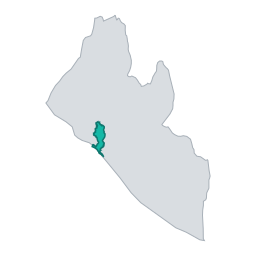 District #1, Grand Bassa, Liberia (highlighted)
{"feature_id": "62588387B32884824633153", "entity_name": "District #1", "entity_type": "district", "adm_level": 2, "iso_a3": "LBR", "parent_name": "Liberia", "parent_adm1": "Grand Bassa", "projection": "equal_earth", "projection_center": [-10.179, 6.235], "detail": "fine", "context": "in_parent", "style": "filled", "palette": "teal", "viewbox_px": 256, "rotation_deg": 0, "n_neighbors": 0, "source": "geoboundaries", "source_scale": "gbopen_adm2", "svg_char_len": 5633}
<svg xmlns="http://www.w3.org/2000/svg" viewBox="0 0 256 256"><path d="M45.9,103.0L48.0,100.6L51.1,92.9L55.5,85.5L59.6,81.1L62.8,76.6L66.2,73.1L71.1,69.1L78.5,58.4L80.3,57.2L81.5,49.8L83.3,40.4L85.5,37.5L90.6,35.8L91.8,34.1L93.6,27.5L94.7,19.8L94.8,18.2L96.8,18.0L100.2,16.3L102.2,17.1L103.1,19.3L103.5,21.1L113.9,16.4L114.8,15.4L115.3,15.5L116.6,19.9L117.4,19.6L118.0,18.3L118.7,18.2L119.5,18.8L120.3,20.8L121.6,22.6L123.9,23.9L125.3,25.6L125.2,30.3L125.7,34.8L126.7,35.8L127.2,38.5L127.5,41.4L128.0,43.0L128.4,46.0L128.2,49.2L128.6,51.4L130.2,55.3L131.3,60.2L131.3,63.6L130.7,67.2L129.6,70.6L127.7,74.2L127.5,75.6L128.7,76.6L130.4,76.8L131.8,76.0L135.5,77.7L137.4,80.1L139.1,83.0L140.7,84.5L141.3,86.4L143.9,85.9L147.0,84.1L147.6,83.2L148.5,83.7L150.4,83.9L151.8,80.6L152.9,76.9L155.2,72.9L156.4,71.3L156.7,68.8L156.8,65.4L157.7,62.6L159.6,61.0L161.7,61.0L162.8,61.6L163.4,64.4L165.1,66.5L166.5,68.0L167.3,68.6L168.5,70.2L169.6,75.8L174.1,94.0L173.9,99.0L173.0,102.3L173.0,105.5L172.7,108.7L170.0,113.9L161.9,124.5L162.5,125.4L164.5,126.6L166.4,127.2L168.1,126.9L170.1,129.6L172.3,132.9L174.6,134.6L177.9,136.2L180.8,136.3L183.3,135.7L186.8,136.4L190.5,139.2L191.8,143.7L192.7,147.7L194.0,149.7L194.2,153.1L196.9,156.2L200.6,156.8L205.5,160.3L206.8,160.1L207.3,159.7L207.9,160.4L209.1,170.6L210.1,176.0L209.6,178.2L208.9,179.9L208.9,188.2L206.7,192.9L206.4,198.1L205.7,199.8L203.4,201.3L203.4,205.3L202.7,210.2L202.5,215.3L203.2,228.7L203.3,238.7L204.4,240.6L199.8,239.8L186.2,232.2L175.8,227.8L140.8,202.7L131.1,192.7L119.9,177.7L95.1,147.6L89.4,142.8L82.3,140.5L77.8,137.9L74.7,135.1L72.2,126.8L66.0,121.8L54.5,114.8L45.9,103.0Z" fill="#d9dde1" stroke="#a8b0b8" stroke-width="1"/><path d="M103.4,156.3L103.1,155.9L103.0,155.3L102.9,155.1L102.7,155.0L102.6,154.9L102.4,154.9L102.2,154.8L102.2,154.6L102.2,154.4L102.1,154.1L101.9,154.2L101.8,154.3L101.9,154.5L101.7,154.3L101.6,154.1L101.6,153.9L101.5,153.7L101.4,153.7L101.2,153.7L101.0,153.4L100.9,153.1L100.7,153.2L100.4,152.8L100.3,152.4L100.2,152.2L100.1,151.8L99.9,151.6L100.0,151.5L100.0,151.4L100.0,151.2L100.1,150.9L100.1,150.7L100.2,150.4L100.4,150.0L100.5,150.0L100.4,149.9L100.3,149.6L100.3,149.4L100.5,149.2L100.4,148.9L100.5,148.8L100.5,148.6L100.8,148.5L100.9,148.4L101.0,148.4L101.0,148.5L101.1,148.4L101.2,148.2L101.3,147.9L101.4,147.7L101.6,147.6L101.8,147.6L102.2,147.6L102.3,147.5L102.3,147.4L102.3,147.1L102.5,147.0L102.7,146.9L102.8,147.0L102.9,146.9L103.1,146.9L103.2,146.5L103.3,146.4L103.5,146.3L103.4,146.1L103.5,146.0L103.6,145.9L103.5,145.5L103.4,145.4L103.5,145.3L103.6,145.1L103.5,144.9L103.6,144.7L103.8,144.4L103.7,144.1L103.9,144.0L104.0,144.1L104.0,143.9L104.1,143.6L104.2,143.4L104.0,142.9L104.0,142.7L103.8,142.6L103.6,142.5L103.4,142.3L103.1,141.7L102.9,141.5L102.7,141.2L102.5,140.7L102.5,140.4L102.6,140.2L103.0,139.6L103.3,139.2L103.7,138.5L104.0,138.1L104.2,137.8L104.6,137.2L104.8,136.4L104.9,136.1L105.0,135.0L105.0,134.4L105.0,134.2L105.0,133.9L104.9,133.7L104.5,133.3L104.2,133.1L104.1,132.8L104.0,132.6L104.1,132.2L104.2,131.8L104.1,131.6L103.7,130.6L103.6,130.1L103.6,129.5L103.7,129.2L104.2,128.0L104.2,127.5L104.2,126.9L104.1,126.5L103.9,126.4L103.7,126.2L103.2,125.6L103.1,125.4L103.1,125.5L102.9,125.5L102.7,125.5L102.7,125.3L102.5,125.2L102.4,125.2L102.4,125.3L102.2,125.2L102.2,125.4L102.2,125.5L101.9,125.8L101.8,125.7L101.7,125.6L101.5,125.4L101.4,125.3L101.4,125.2L101.2,124.8L101.1,124.7L100.9,124.6L100.7,124.6L100.5,124.4L100.3,124.4L100.2,124.5L100.0,124.3L100.0,124.0L100.0,123.9L99.9,123.9L99.6,123.6L99.5,123.4L99.4,123.1L99.4,122.8L99.5,122.7L99.6,122.3L99.3,122.3L99.3,122.2L99.2,122.1L98.6,122.1L98.6,122.3L98.5,122.5L98.3,122.4L98.2,122.4L97.9,122.2L97.8,121.9L97.7,121.9L97.6,122.1L97.6,122.3L97.6,122.2L97.5,122.3L97.4,122.4L97.1,122.3L96.9,122.5L96.7,122.5L96.5,122.8L96.3,122.8L96.1,122.8L96.0,123.2L96.1,124.0L96.2,124.3L96.3,124.3L96.4,124.2L96.5,124.3L96.4,124.4L96.5,124.5L96.8,124.7L96.7,124.8L96.6,125.0L96.5,125.3L96.5,125.5L96.7,125.4L96.8,125.2L96.9,125.3L97.0,125.3L97.2,125.5L97.2,125.4L97.3,125.5L97.2,125.6L97.1,125.8L97.1,126.1L97.0,126.3L97.0,126.5L96.9,127.0L96.7,126.9L96.6,127.0L96.8,127.5L96.7,127.6L96.6,127.8L96.6,128.0L96.3,127.9L96.0,128.0L95.9,128.3L95.8,128.7L95.7,128.8L95.3,128.8L95.3,129.3L95.3,129.6L95.4,129.8L95.6,130.1L95.7,130.4L95.7,130.6L95.4,130.8L95.5,131.2L95.4,131.3L95.3,131.5L95.4,131.9L95.1,131.9L94.9,132.0L94.9,132.3L94.7,132.3L94.6,132.5L94.4,132.8L94.2,133.0L94.2,133.4L94.1,133.5L94.0,133.4L94.0,133.2L93.9,133.2L93.6,133.2L93.6,133.5L93.9,133.8L94.0,133.9L94.0,134.0L94.0,134.4L93.9,134.6L93.7,134.7L93.6,134.8L93.7,135.0L93.8,135.0L94.0,135.0L94.0,135.3L94.3,135.5L94.6,135.5L94.8,135.7L95.0,135.8L95.3,136.0L95.4,135.8L95.5,135.8L95.8,136.0L96.0,136.1L96.0,136.3L95.9,136.4L95.9,136.6L96.0,136.9L96.1,137.2L96.2,137.4L96.3,137.4L96.5,137.3L96.7,137.5L96.9,137.5L97.0,137.8L97.2,138.9L97.4,139.9L97.6,140.3L97.7,140.9L97.9,141.2L98.2,141.5L98.6,142.0L98.6,142.3L98.5,142.8L98.2,143.4L97.5,144.0L97.2,144.2L97.0,144.7L96.8,145.3L96.4,146.2L96.2,146.5L96.0,146.8L95.6,147.0L95.4,147.0L95.2,146.8L95.2,146.3L95.1,146.0L95.0,145.8L94.9,145.6L94.6,145.6L94.5,145.4L94.1,145.2L93.9,145.0L93.7,145.3L93.5,145.2L93.4,144.9L93.3,144.7L93.1,144.7L92.9,144.7L92.7,144.9L92.7,145.2L92.5,145.5L92.4,146.1L92.2,146.6L92.5,146.7L93.1,147.1L93.5,147.2L94.7,147.8L95.9,148.6L97.1,149.4L97.2,149.6L97.4,150.0L97.5,150.2L97.8,150.8L98.4,151.4L98.7,151.9L99.0,153.0L99.3,153.3L100.1,153.8L100.4,154.0L100.8,154.1L101.1,154.2L101.3,154.4L101.4,154.5L101.7,154.9L102.1,155.4L102.5,155.5L103.2,156.2L103.3,156.4L103.4,156.3Z" fill="#14b8a6" stroke="#0f766e" stroke-width="1.5"/></svg>